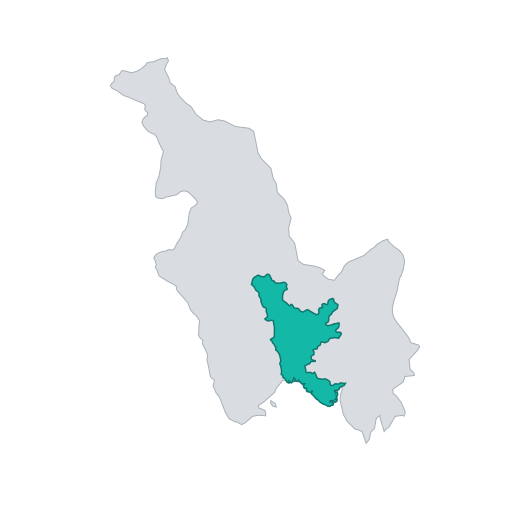 where P'yŏngan-namdo sits in North Korea, rotated 286°
{"feature_id": "PRK-3313", "entity_name": "P'yŏngan-namdo", "entity_type": "Province", "adm_level": 1, "iso_a3": "PRK", "parent_name": "North Korea", "parent_adm1": "", "projection": "albers", "projection_center": [126.179, 39.498], "detail": "fine", "context": "in_parent", "style": "filled", "palette": "teal", "viewbox_px": 512, "rotation_deg": 286, "n_neighbors": 0, "source": "natural_earth", "source_scale": "10m", "svg_char_len": 9293}
<svg xmlns="http://www.w3.org/2000/svg" viewBox="0 0 512 512"><g transform="rotate(286 256 256)"><path d="M308.5,378.1L306.6,379.2L303.4,385.2L300.5,392.8L297.6,396.9L294.2,399.2L290.5,400.6L283.2,401.3L276.6,400.9L274.4,400.1L265.3,400.8L262.7,401.3L249.6,400.9L242.7,401.6L238.4,403.1L234.0,406.2L230.2,410.8L226.9,415.7L220.1,424.6L215.3,429.0L215.3,435.2L215.2,437.1L213.5,438.5L212.9,437.9L210.1,437.4L198.8,431.7L189.6,435.3L187.3,439.8L184.8,441.2L181.2,432.4L175.2,432.1L165.6,424.2L161.5,425.8L160.5,428.9L155.2,436.1L147.8,442.0L145.5,442.7L142.8,442.3L143.2,440.7L140.2,434.0L128.7,431.1L124.6,428.3L122.5,427.6L133.9,420.3L136.8,419.0L134.6,417.2L132.2,416.4L123.0,417.4L118.1,414.9L111.1,415.5L106.3,413.5L116.5,406.4L117.0,402.1L116.9,398.8L122.2,389.2L127.4,383.9L140.7,376.4L146.5,375.4L150.7,375.7L154.1,375.1L150.5,372.1L147.0,370.7L140.2,371.0L133.1,366.5L132.6,361.9L146.6,332.8L146.8,330.1L144.7,323.0L144.1,316.1L134.3,312.0L130.0,311.5L117.6,303.5L112.7,299.5L110.7,300.6L110.2,306.9L108.4,308.2L105.1,309.4L103.6,302.2L101.0,297.0L92.8,291.6L89.9,288.6L91.5,282.4L90.8,281.9L92.2,274.9L97.4,269.5L109.9,260.1L113.2,255.6L119.5,250.4L122.3,250.6L125.3,250.1L126.2,247.8L126.9,246.0L129.4,244.4L135.4,241.5L142.3,237.7L147.8,236.7L154.5,231.0L157.2,228.4L160.0,228.5L160.7,227.3L162.3,224.3L164.4,222.3L167.3,222.0L172.2,220.6L178.2,219.7L182.3,214.9L183.7,211.4L186.5,207.6L192.2,203.4L196.2,197.3L200.5,190.5L202.6,188.4L204.7,188.0L205.9,185.4L207.2,178.3L209.2,171.4L210.4,168.1L215.4,164.5L216.7,162.8L217.8,162.2L220.1,162.7L223.2,160.6L226.2,158.2L228.9,159.0L231.6,160.9L234.5,164.7L235.8,167.7L238.1,170.3L238.5,174.0L240.8,175.6L245.6,176.3L253.5,178.7L258.6,178.8L261.5,180.7L267.6,181.6L279.7,179.9L284.6,180.7L286.8,182.9L289.9,184.7L291.9,184.8L294.5,181.5L297.3,176.3L299.1,172.4L298.9,169.2L297.2,165.9L293.1,162.9L290.4,158.1L287.8,153.1L286.3,151.6L285.0,149.2L284.7,145.4L285.6,142.9L291.5,141.1L299.2,139.9L305.4,140.8L315.8,139.8L322.1,138.3L326.9,138.3L331.2,138.2L333.1,136.0L339.0,130.7L341.9,128.7L345.0,125.1L345.3,121.5L345.9,118.5L347.6,115.3L350.6,111.3L353.2,109.4L356.2,109.5L359.5,111.2L361.6,112.9L363.8,112.3L365.6,109.2L366.8,108.5L370.4,108.1L371.5,106.2L372.5,97.1L373.6,90.0L373.7,85.0L376.6,76.6L377.4,71.7L379.2,69.3L381.4,69.3L383.3,70.7L385.6,71.5L388.7,70.5L390.9,71.7L392.4,74.3L397.1,75.9L397.6,77.3L397.9,86.2L400.6,90.3L404.1,93.9L408.9,97.1L411.4,97.8L413.0,100.2L414.6,104.3L418.1,108.3L420.0,111.2L420.5,114.3L422.1,116.0L419.5,118.1L416.0,117.1L410.2,116.7L403.1,123.1L399.1,125.5L396.4,131.6L390.8,135.5L387.8,139.4L383.9,146.2L381.5,152.7L375.5,159.5L372.1,167.8L372.2,174.9L376.5,181.9L377.1,188.0L374.8,200.7L376.9,214.1L375.3,219.4L356.2,229.3L351.2,234.0L344.4,246.2L335.8,250.9L330.5,255.9L323.0,259.0L318.4,267.5L313.2,272.4L306.9,275.4L302.3,279.3L291.7,279.7L284.2,282.5L279.0,289.6L263.1,297.8L261.0,303.9L262.2,313.2L262.4,320.3L261.1,326.2L257.5,324.6L255.6,326.5L253.6,332.0L254.3,338.2L259.9,340.1L264.5,342.6L270.9,343.7L275.7,346.5L286.0,359.4L294.4,364.9L296.6,367.0L301.4,369.7L305.9,374.1L308.5,378.1ZM119.5,315.1L116.4,317.1L116.3,313.5L118.7,310.5L121.1,310.1L119.5,315.1Z" fill="#d9dde1" stroke="#a8b0b8" stroke-width="1"/><path d="M158.2,377.0L157.7,376.8L156.6,376.7L156.0,376.5L153.5,373.3L152.7,372.6L152.0,372.5L150.7,372.5L150.0,372.1L149.7,371.6L148.3,369.0L148.3,368.6L147.8,368.7L147.5,369.6L147.1,370.1L146.3,370.2L146.8,370.5L147.2,370.9L147.6,371.5L146.8,372.0L145.1,372.8L144.2,372.6L143.7,371.6L143.3,371.6L143.0,372.5L142.5,372.8L141.0,372.5L140.8,371.9L140.6,371.5L140.3,371.5L140.0,372.0L140.1,372.4L140.7,373.0L140.7,373.5L139.9,373.7L139.0,373.7L138.2,373.4L137.5,372.7L137.1,372.0L137.3,371.4L138.4,370.1L137.7,369.6L138.0,368.9L137.7,368.1L137.1,367.4L136.2,367.2L136.5,368.9L135.7,371.1L134.1,371.2L133.5,370.3L133.3,369.5L132.4,369.0L131.8,368.5L131.4,366.6L131.7,365.4L132.0,364.3L132.3,360.5L132.9,358.8L133.5,357.2L134.4,355.8L135.0,354.6L134.9,353.9L135.6,352.8L136.8,350.8L137.8,349.4L138.3,348.3L138.9,347.3L141.3,347.4L142.4,347.1L139.6,346.7L140.0,345.6L140.0,345.1L139.8,344.7L139.9,344.3L139.8,343.7L139.9,343.2L140.2,342.9L140.2,342.6L139.8,342.3L140.4,341.6L140.9,341.4L142.3,341.3L142.9,341.1L142.7,340.6L142.3,340.0L142.1,339.4L142.9,338.1L144.1,337.5L145.4,337.6L146.6,338.0L146.3,337.0L145.8,336.4L145.7,335.8L147.8,331.9L148.5,331.3L147.6,331.1L146.9,330.6L146.7,329.6L147.1,328.4L146.8,328.2L146.3,327.5L147.1,327.7L147.4,328.0L148.6,327.3L149.0,326.8L149.3,326.0L148.2,326.0L144.8,325.5L143.8,325.0L143.9,324.0L145.2,322.1L144.6,322.1L144.1,322.2L143.0,322.6L143.2,320.8L144.0,319.7L145.0,318.9L146.0,317.8L146.3,317.0L146.5,316.0L146.9,315.3L148.5,314.7L148.9,313.9L149.0,312.9L151.8,312.5L155.0,311.2L157.7,309.6L158.8,308.7L159.3,308.5L159.7,308.5L160.8,308.7L161.8,308.7L162.7,308.5L166.0,306.8L168.6,305.0L170.4,302.7L170.7,302.2L170.9,301.2L171.2,300.8L172.9,300.5L173.4,300.3L174.8,298.9L175.8,298.0L176.3,297.4L176.9,296.3L177.5,295.6L178.2,295.2L178.7,294.9L178.9,293.8L179.1,293.4L179.5,293.0L179.8,293.0L180.1,293.1L181.4,294.6L182.5,295.3L183.2,295.6L184.1,295.7L192.6,293.4L196.4,291.4L197.6,290.9L198.2,290.6L198.5,290.2L198.6,289.8L198.5,288.9L198.4,288.5L198.3,288.1L197.1,286.1L196.9,285.3L197.0,284.5L197.2,283.2L198.0,281.9L200.3,283.5L200.7,283.6L201.5,283.7L202.2,283.4L205.4,281.2L206.0,280.9L207.6,280.8L208.0,280.6L208.4,280.2L208.7,279.5L209.0,277.6L209.3,276.8L210.3,275.8L213.7,273.3L214.7,272.9L215.8,272.6L216.3,272.4L216.7,271.9L217.9,270.4L218.6,269.9L219.5,269.4L221.1,269.2L221.5,268.9L221.9,268.5L222.3,267.6L222.7,266.0L223.3,265.1L225.3,263.3L226.1,262.3L227.4,259.5L232.3,259.3L233.0,259.4L234.0,259.7L234.7,260.1L235.2,260.4L237.8,262.9L238.0,263.3L238.2,264.0L238.1,264.8L237.8,265.5L237.7,266.1L237.9,268.1L238.1,269.1L238.4,269.7L239.0,270.2L241.0,271.4L241.5,272.0L241.8,272.5L241.8,272.9L241.7,273.7L241.5,274.0L241.0,274.7L237.1,278.0L236.9,278.3L236.8,278.7L236.8,279.2L236.9,280.4L236.7,280.8L235.7,281.2L235.5,281.5L235.5,282.3L235.6,283.2L236.3,286.0L236.5,286.6L238.2,289.5L238.4,290.1L238.5,290.9L238.3,291.7L237.8,292.8L237.5,293.1L237.2,293.4L236.9,293.5L234.7,293.7L234.3,293.8L234.0,294.1L233.6,294.7L232.9,295.1L232.4,295.0L232.1,294.8L231.4,293.6L230.8,293.0L229.8,292.5L229.0,292.4L225.5,292.4L222.5,293.2L221.4,293.7L220.7,294.2L220.4,294.7L220.2,295.3L219.3,298.3L219.1,298.7L218.2,300.0L217.5,301.5L217.4,302.0L217.6,302.5L217.9,302.6L219.0,302.9L219.1,303.1L219.3,303.6L219.2,303.9L219.1,304.2L217.0,306.5L216.6,307.2L216.5,307.7L216.5,308.2L217.1,309.8L217.1,311.1L217.0,311.6L216.7,312.0L215.9,312.8L215.5,313.4L215.1,314.7L215.0,315.5L215.0,316.0L215.3,316.8L215.9,317.5L218.0,319.3L218.3,319.8L218.5,320.5L218.5,321.1L218.5,321.5L217.7,323.7L216.6,328.3L216.4,329.5L216.4,330.3L216.5,330.7L217.0,331.4L217.8,332.0L218.6,332.2L219.2,332.1L221.3,331.1L221.7,331.0L222.5,331.1L222.9,331.2L223.3,331.4L223.8,332.0L224.5,333.9L224.7,334.1L225.0,334.1L225.3,334.0L225.9,333.3L226.3,333.1L227.1,332.9L227.9,333.1L228.2,333.3L228.5,333.6L228.8,334.1L229.0,334.8L229.1,335.4L229.0,335.8L228.7,337.2L228.7,337.6L229.0,337.9L229.8,338.2L230.2,338.2L231.7,337.9L232.5,337.9L233.1,338.0L234.2,338.6L236.0,340.7L236.2,341.1L236.3,341.7L236.2,342.1L235.9,342.4L233.6,343.6L232.6,345.2L231.9,348.1L228.9,348.6L227.7,348.4L227.0,347.9L224.2,345.6L223.4,345.1L222.6,344.8L220.8,344.5L220.5,344.4L219.3,343.4L218.2,342.9L217.4,342.8L214.8,343.5L214.0,343.6L213.1,343.6L212.7,343.5L211.9,343.1L211.6,342.7L210.7,341.6L210.3,341.4L209.9,341.5L209.4,342.0L209.0,342.8L208.9,343.4L208.9,343.9L209.0,344.7L209.2,345.1L209.9,346.2L210.4,347.3L210.8,348.1L212.1,349.3L212.3,349.7L213.0,351.5L213.7,352.6L214.1,353.1L214.3,353.5L214.5,354.1L214.1,354.5L213.3,354.8L211.3,355.0L210.3,355.0L209.7,354.9L206.9,353.1L206.6,353.0L206.2,353.1L205.7,353.4L205.1,354.2L204.9,354.8L205.0,355.2L205.4,355.9L205.6,356.6L205.7,357.2L205.8,358.0L205.7,358.4L205.6,358.7L205.0,359.3L203.5,359.3L199.6,358.0L199.5,355.3L199.3,354.4L197.3,350.0L197.0,349.6L196.5,349.4L194.2,348.9L193.8,348.7L192.5,347.3L191.9,346.5L191.6,345.9L191.6,345.2L191.7,344.5L191.7,343.7L191.4,342.8L191.0,342.2L190.2,342.1L188.6,342.3L188.1,342.2L186.1,340.3L184.2,340.4L183.6,340.3L183.3,340.0L183.1,339.0L182.3,337.6L181.8,337.0L181.0,336.8L180.6,337.0L180.3,337.7L179.8,338.2L179.2,338.4L177.1,338.8L175.5,337.1L175.1,336.9L174.8,336.8L174.2,336.8L173.0,337.1L172.4,337.6L172.0,338.1L171.7,338.7L171.5,339.7L171.7,341.1L171.7,341.7L171.5,341.9L171.0,341.9L170.9,341.8L170.8,341.4L170.6,340.5L170.1,338.9L169.6,338.1L169.2,337.8L167.6,337.3L167.1,337.0L166.7,336.6L166.0,335.3L164.3,333.8L163.5,333.3L163.0,333.4L162.4,333.9L160.8,335.0L158.5,335.8L158.1,336.3L158.0,336.5L157.9,337.2L158.4,338.2L159.0,339.8L159.1,340.2L159.0,340.9L158.7,342.5L158.7,342.8L158.9,343.1L160.3,344.1L160.4,344.3L160.4,344.5L160.1,344.8L155.8,348.2L155.5,348.7L155.4,349.3L155.7,353.2L155.9,354.2L156.3,354.8L156.6,355.4L157.0,356.6L156.9,357.4L156.1,360.6L155.5,361.6L154.9,362.0L153.3,362.6L153.0,362.8L152.5,363.4L152.4,363.8L152.4,364.4L152.7,365.5L153.0,365.9L153.4,366.2L154.1,366.6L154.9,367.2L155.3,368.5L155.2,369.4L155.6,370.4L156.2,371.2L157.2,372.2L157.4,372.6L157.5,373.1L157.6,374.9L158.2,377.0Z" fill="#14b8a6" stroke="#0f766e" stroke-width="1.5"/></g></svg>